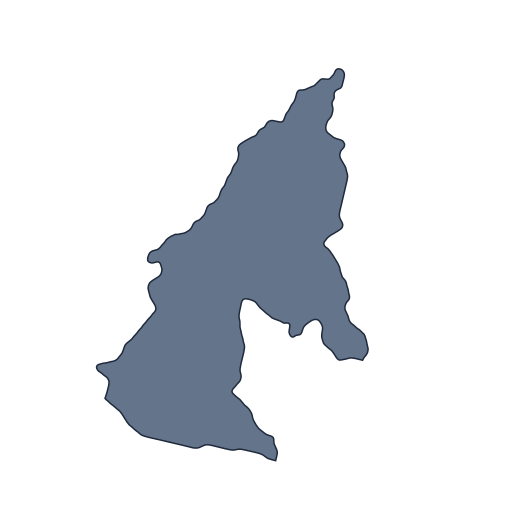 the district of Los Llanos, San Pedro de Macorís, Dominican Republic, rotated 13°
{"feature_id": "3306468B56210487942158", "entity_name": "Los Llanos", "entity_type": "district", "adm_level": 2, "iso_a3": "DOM", "parent_name": "Dominican Republic", "parent_adm1": "San Pedro de Macorís", "projection": "albers", "projection_center": [-69.487, 18.651], "detail": "fine", "context": "isolated", "style": "filled", "palette": "slate", "viewbox_px": 512, "rotation_deg": 13, "n_neighbors": 0, "source": "geoboundaries", "source_scale": "gbopen_adm2", "svg_char_len": 6114}
<svg xmlns="http://www.w3.org/2000/svg" viewBox="0 0 512 512"><g transform="rotate(13 256 256)"><path d="M301.5,71.4L301.7,62.7L301.5,60.2L301.0,58.5L300.7,57.9L299.8,56.7L298.7,55.8L298.1,55.4L297.4,55.1L295.9,54.9L294.5,55.0L293.8,55.2L292.6,56.0L292.2,56.5L291.7,57.8L291.1,60.5L290.7,61.8L288.4,66.0L287.5,67.0L286.2,67.6L281.7,68.3L280.3,68.7L279.7,69.1L278.8,70.1L274.9,76.3L274.0,77.3L271.7,78.8L266.6,82.6L264.6,83.6L261.3,84.5L260.2,85.3L259.8,85.9L259.5,86.5L259.1,88.0L258.9,93.7L258.5,96.2L258.1,97.6L256.9,100.2L256.4,101.6L255.1,106.8L253.4,110.7L253.1,112.3L252.6,116.3L252.3,117.8L252.0,118.4L251.5,119.0L250.9,119.5L249.5,120.0L248.0,120.1L243.1,120.2L241.5,120.3L239.9,120.8L238.1,122.0L236.9,123.7L236.4,125.1L235.6,127.7L235.1,128.8L232.2,131.3L230.9,132.9L230.3,134.2L229.3,137.5L228.6,138.6L227.7,139.5L225.9,140.7L224.0,142.2L218.9,146.9L215.9,150.0L214.5,152.1L214.1,153.6L214.1,155.0L214.4,156.4L215.9,159.5L216.3,161.1L216.6,164.5L216.4,167.1L216.0,168.7L214.5,171.9L214.0,173.4L213.6,175.0L213.0,180.1L212.6,181.7L211.1,185.0L210.6,186.4L209.6,194.0L209.1,195.5L207.9,198.0L207.4,199.5L207.1,201.2L206.7,205.4L206.2,207.9L205.2,209.8L203.1,213.3L202.1,214.2L199.5,216.1L198.2,217.7L197.6,219.1L197.4,219.9L196.7,225.8L196.0,228.1L193.3,232.8L192.4,233.8L189.7,235.7L188.4,237.3L187.6,239.3L187.0,242.2L186.5,243.7L185.3,245.8L184.2,247.0L181.8,249.2L180.5,250.0L174.7,252.6L172.6,253.0L168.7,256.0L167.1,257.6L165.7,259.3L164.9,260.5L163.8,263.3L161.7,267.0L160.8,269.0L159.6,270.8L158.0,272.2L154.2,274.2L153.1,275.1L151.8,276.8L151.3,278.3L150.9,281.3L151.1,283.5L151.6,284.9L152.1,285.4L153.4,286.1L155.5,286.3L156.9,286.0L158.2,285.4L160.4,284.2L161.7,283.8L163.0,283.9L164.1,284.6L164.9,285.6L166.6,288.5L167.2,289.8L167.6,291.3L167.6,292.9L167.5,294.5L167.0,296.0L166.2,297.4L165.2,298.6L160.7,303.1L159.2,304.9L158.4,306.2L158.2,307.0L157.9,308.5L157.9,310.1L158.1,311.6L158.6,313.0L162.0,319.5L163.5,321.4L168.5,326.5L169.8,328.4L170.3,329.9L170.3,331.4L170.2,332.1L169.7,333.4L168.3,335.8L167.1,338.6L164.9,342.3L163.7,345.0L161.6,348.8L160.5,351.6L158.4,355.3L157.2,358.1L155.1,361.8L153.8,364.6L152.6,366.4L150.0,369.6L148.7,371.7L148.2,373.9L147.7,378.6L147.3,380.9L144.2,387.4L142.8,389.1L141.1,390.4L138.4,391.6L134.6,393.6L131.1,394.9L127.1,397.1L126.1,398.0L125.8,398.6L125.6,400.0L126.1,401.3L127.4,402.8L128.5,403.6L131.9,404.9L134.5,406.3L137.8,407.7L139.5,409.1L140.8,410.9L141.1,411.6L141.4,413.3L141.6,416.6L141.4,423.6L140.9,428.7L142.0,429.5L145.1,431.1L147.5,432.6L150.9,434.1L154.1,435.8L158.2,437.9L160.8,440.0L167.7,446.8L170.4,449.0L174.4,451.0L177.5,452.8L180.3,454.0L183.5,455.7L185.0,456.2L187.5,456.6L191.0,456.8L227.5,456.9L238.0,457.1L240.9,456.6L242.4,456.1L243.9,455.3L247.3,452.7L248.8,451.7L249.6,451.3L251.3,450.8L253.0,450.6L255.7,450.5L269.5,450.7L275.0,450.6L277.6,450.2L279.2,449.6L282.3,448.2L283.9,447.8L285.7,447.6L289.2,447.5L300.9,447.5L304.5,447.7L306.2,448.0L307.8,448.4L311.7,450.1L313.3,450.6L316.8,450.9L321.2,451.0L321.2,445.3L321.1,443.7L320.8,442.2L319.7,440.0L316.8,436.2L315.9,434.9L315.3,433.5L314.4,430.2L313.6,429.1L313.1,428.7L311.8,428.2L306.7,427.6L305.2,427.2L298.6,424.1L297.2,423.3L294.2,420.7L290.9,417.1L289.5,415.2L287.9,411.8L287.1,410.4L285.5,408.6L283.7,406.9L281.7,405.5L278.3,403.8L272.5,399.4L268.4,397.5L264.4,395.2L263.5,394.3L263.2,393.7L263.0,392.3L263.3,391.0L264.9,388.2L266.2,385.5L268.0,382.4L268.5,381.0L268.7,379.5L268.7,377.9L268.5,376.4L268.0,375.0L266.4,371.8L266.0,370.4L265.8,368.8L265.6,364.6L265.7,352.2L265.5,348.7L265.2,347.0L264.7,345.5L263.0,342.4L261.8,339.6L259.7,335.9L258.5,333.1L256.5,329.2L255.0,323.3L253.5,320.1L253.0,318.6L252.7,316.9L252.5,314.3L252.3,304.7L252.5,303.1L253.1,301.7L253.5,301.1L254.2,300.6L254.8,300.2L256.3,299.9L257.9,299.8L260.4,299.8L263.7,300.3L265.3,300.8L266.7,301.6L271.1,305.2L272.5,306.0L275.2,307.4L278.9,309.5L281.7,310.7L285.5,312.7L288.0,313.2L294.0,313.9L297.8,315.0L298.9,315.0L301.5,314.2L302.7,314.2L303.3,314.4L303.8,314.8L304.3,315.3L304.6,316.0L304.8,317.4L305.1,321.4L305.4,323.0L305.8,323.7L306.6,325.0L307.7,326.1L308.9,326.7L309.6,326.8L310.8,326.4L312.6,324.6L313.0,324.3L315.8,323.1L316.8,322.4L317.2,321.8L317.7,320.4L318.2,315.6L318.7,313.9L319.9,311.7L322.6,308.5L325.0,306.1L327.0,304.8L328.6,304.3L330.1,304.3L330.9,304.4L332.3,305.1L334.2,306.7L335.7,308.5L336.6,309.9L336.9,310.7L337.3,312.3L337.7,317.5L338.2,319.9L339.1,321.9L341.2,325.4L341.6,325.9L342.7,326.8L346.9,329.2L350.3,330.8L351.5,331.6L353.3,333.1L357.3,337.0L358.5,337.9L359.8,338.5L360.5,338.6L361.7,338.4L366.7,336.2L369.8,334.5L371.9,333.8L375.9,333.5L383.3,333.6L384.1,330.6L385.7,327.5L386.1,326.1L386.4,324.6L386.3,322.2L385.9,320.7L384.0,316.9L382.8,314.1L380.0,309.3L379.1,308.2L378.6,307.8L374.5,305.3L373.2,304.6L370.4,303.5L366.7,301.4L364.0,300.2L362.8,299.3L361.3,297.8L359.2,293.9L355.7,289.4L354.8,288.1L354.3,286.6L354.0,285.1L354.2,282.8L354.5,281.3L356.3,277.6L356.5,276.2L356.3,274.7L355.8,273.4L354.5,270.9L353.4,268.2L351.2,264.4L349.9,261.7L349.1,260.6L348.2,259.6L345.4,257.6L344.5,256.7L341.7,252.0L339.8,247.9L338.3,246.0L336.7,244.1L330.9,238.2L327.2,234.8L324.7,232.9L322.1,231.7L320.9,231.0L320.0,230.1L319.4,229.0L319.2,228.4L319.3,227.1L321.2,222.9L322.0,221.5L324.1,219.0L330.2,213.2L332.3,210.9L333.2,209.6L333.5,208.8L333.6,208.1L333.6,206.6L333.4,205.8L332.7,204.5L329.7,200.9L328.8,199.6L328.2,198.1L327.8,196.5L327.6,194.0L327.6,191.5L327.7,162.6L327.6,160.0L327.3,157.6L326.8,156.2L323.4,149.6L321.9,147.8L318.0,143.7L316.4,141.9L315.6,140.6L315.0,139.2L314.8,137.6L314.9,135.3L315.3,133.9L317.2,130.3L317.4,128.8L317.2,127.4L316.9,126.7L316.0,125.6L314.9,124.7L314.3,124.3L312.0,123.8L307.4,123.5L305.1,123.1L298.5,120.0L297.3,119.2L296.3,118.1L295.6,116.9L295.1,115.4L294.9,113.8L294.9,112.2L295.2,109.1L295.7,107.6L297.3,104.5L297.8,103.1L298.1,101.5L298.2,99.2L298.1,96.8L297.8,95.2L297.3,93.9L296.1,91.4L295.7,90.0L295.8,87.9L296.5,85.6L296.6,84.4L296.4,83.3L295.7,81.0L295.6,79.6L295.7,78.9L295.9,78.2L296.5,77.0L297.9,75.5L300.4,73.6L301.0,72.6L301.5,71.4Z" fill="#64748b" stroke="#1e293b" stroke-width="1.5"/></g></svg>